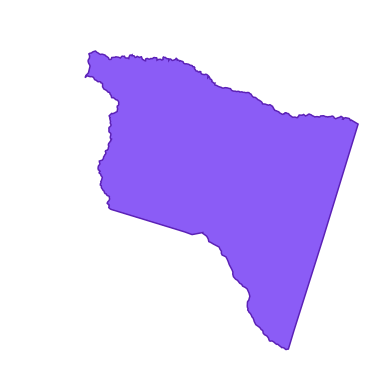 Amarante do Maranhão, Maranhão, Brazil, rotated 107°
{"feature_id": "56859067B54361622424069", "entity_name": "Amarante do Maranhão", "entity_type": "district", "adm_level": 2, "iso_a3": "BRA", "parent_name": "Brazil", "parent_adm1": "Maranhão", "projection": "mercator", "projection_center": [-46.679, -5.381], "detail": "fine", "context": "isolated", "style": "filled", "palette": "violet", "viewbox_px": 384, "rotation_deg": 107, "n_neighbors": 0, "source": "geoboundaries", "source_scale": "gbopen_adm2", "svg_char_len": 5831}
<svg xmlns="http://www.w3.org/2000/svg" viewBox="0 0 384 384"><g transform="rotate(107 192 192)"><path d="M81.7,91.3L82.8,91.7L83.2,92.4L83.1,93.2L83.4,94.7L84.3,96.6L84.0,97.7L83.8,99.5L83.4,100.4L83.2,102.8L83.7,103.5L84.6,104.0L86.1,105.7L85.2,107.9L86.3,109.1L86.7,110.3L86.9,111.5L87.2,112.1L88.2,112.2L88.9,112.6L90.0,112.8L90.3,113.8L90.2,114.9L90.5,116.2L91.1,117.4L90.7,118.9L90.2,120.1L89.9,121.3L89.0,122.3L88.8,123.3L89.1,124.1L88.7,125.2L89.0,126.2L90.1,126.3L90.3,127.1L91.2,127.8L91.2,128.8L90.6,131.6L89.9,132.5L89.9,133.9L89.7,134.9L89.7,136.0L89.6,136.9L88.9,137.4L88.6,138.3L87.9,138.6L87.2,139.5L86.5,140.0L86.3,141.2L85.8,142.3L85.8,143.2L86.6,144.2L86.6,146.1L86.5,147.6L87.1,150.4L85.9,151.2L85.3,152.3L84.6,154.4L84.5,155.7L83.5,157.8L83.1,158.8L83.1,159.7L83.5,160.8L82.7,162.5L81.2,164.1L80.9,165.6L80.3,166.7L80.6,168.0L81.3,169.5L81.4,171.2L81.8,172.4L81.6,173.5L82.4,175.5L82.1,176.3L82.2,177.3L83.0,179.0L82.9,180.2L83.4,181.6L83.3,183.5L82.7,184.5L81.9,185.4L82.1,186.9L82.1,188.6L82.5,190.8L83.5,192.4L83.7,193.5L83.4,194.4L83.4,197.0L83.2,198.5L82.9,199.5L83.0,201.3L82.1,201.9L81.2,201.8L81.5,202.8L81.0,203.9L80.6,205.3L79.5,205.5L78.7,206.5L78.7,207.6L77.8,208.2L76.9,209.2L77.5,209.9L78.2,210.3L77.1,210.6L76.3,210.0L75.8,211.0L75.3,212.3L75.4,213.4L76.0,214.1L76.2,214.9L76.4,216.6L76.2,217.6L75.4,218.4L74.4,218.8L74.4,219.7L75.3,220.3L75.3,221.3L74.8,222.1L75.1,223.4L74.0,224.7L73.4,225.7L72.3,225.7L71.6,226.7L71.9,228.0L71.1,228.8L71.1,229.6L71.3,230.9L71.0,231.7L70.8,232.6L71.1,235.2L71.5,236.0L71.4,237.2L71.0,237.9L70.0,238.7L69.9,239.7L70.0,240.4L69.8,241.4L70.5,242.2L69.8,243.1L69.9,244.0L70.3,244.6L69.3,245.0L68.8,246.2L69.9,246.6L70.5,247.1L71.0,247.8L71.5,248.3L72.0,249.4L71.1,251.3L71.3,252.2L72.9,252.7L72.0,253.0L71.5,253.6L71.8,255.0L71.1,257.1L71.5,258.0L71.3,258.8L72.4,259.0L73.7,258.4L74.3,259.0L74.7,259.8L74.2,260.7L74.8,262.4L75.5,263.3L76.2,264.0L74.9,264.4L74.0,265.1L74.3,266.2L74.4,267.3L74.8,268.1L75.8,268.6L76.2,269.3L76.4,270.5L77.4,271.4L77.6,272.6L77.3,273.4L77.5,274.2L78.3,275.2L80.1,274.8L80.2,276.0L79.8,276.9L79.6,278.2L77.5,279.9L78.1,281.0L78.7,281.5L78.3,284.1L79.5,284.8L80.0,285.7L79.3,286.4L78.7,287.4L79.0,288.4L79.2,289.5L78.4,289.5L79.0,290.2L79.1,291.2L79.9,291.5L81.7,291.7L82.9,291.5L82.7,293.0L83.1,294.0L83.2,295.1L81.9,296.3L82.4,297.4L82.5,298.5L83.2,299.0L84.8,299.6L84.6,301.7L85.0,304.4L85.6,304.9L86.0,306.0L86.9,308.1L87.9,308.0L88.9,308.3L89.4,309.4L89.2,310.4L88.1,311.1L87.2,313.4L87.1,314.3L86.5,315.1L86.4,317.9L86.7,318.9L87.2,319.6L87.0,321.2L86.6,322.0L86.2,324.0L85.4,325.4L86.0,326.5L86.8,327.6L87.4,328.2L88.3,328.7L89.3,330.4L90.1,331.0L91.8,329.7L94.2,329.2L95.4,329.7L96.5,329.8L97.3,329.6L98.5,328.9L99.4,328.2L99.9,327.5L100.8,326.7L101.5,326.3L107.7,325.9L108.7,326.0L111.5,327.5L113.9,327.7L111.7,326.3L111.5,325.4L111.6,324.1L111.4,322.7L111.0,321.7L111.0,320.7L111.3,319.7L111.9,319.0L113.0,318.0L113.3,315.7L113.9,314.9L114.0,314.1L113.4,312.3L113.5,311.5L114.2,311.1L114.2,310.1L114.6,309.2L115.4,309.0L116.4,308.6L117.6,308.3L118.1,307.6L119.2,306.6L119.9,303.4L121.1,301.3L120.9,300.1L121.6,299.3L122.5,298.8L122.9,298.1L123.6,297.3L124.7,296.9L125.3,296.1L124.7,294.8L126.0,291.7L126.0,290.1L126.6,289.2L127.5,288.3L128.3,288.2L129.9,287.6L130.8,287.9L131.7,288.6L132.7,288.4L133.5,287.9L134.4,287.3L135.4,287.4L136.9,287.1L137.6,287.7L138.1,288.4L139.1,289.2L140.3,290.8L140.3,291.8L143.3,293.5L144.4,292.8L144.8,292.0L145.8,292.1L148.4,290.5L149.3,290.5L150.4,290.1L151.1,289.2L152.2,288.9L153.4,289.4L154.5,290.2L155.8,290.0L156.9,289.5L158.1,289.3L159.0,288.6L159.4,287.4L160.0,286.7L161.1,286.3L163.0,286.3L163.8,286.1L164.9,285.4L164.9,284.4L165.7,284.4L166.4,284.9L167.2,284.7L168.0,285.2L168.9,285.3L169.8,285.9L171.5,285.8L172.4,285.0L173.5,285.0L175.4,284.8L176.7,285.2L177.1,286.0L177.9,286.7L178.7,286.7L179.2,286.2L179.8,285.8L180.7,285.7L182.1,286.3L183.5,286.5L184.4,286.8L185.7,286.5L187.7,287.1L189.5,289.7L190.5,289.3L191.4,288.6L192.1,288.3L193.2,288.6L194.5,289.1L195.8,289.0L197.3,288.6L198.3,287.9L198.4,286.8L199.1,286.0L199.9,286.5L200.9,286.4L201.7,284.5L203.0,283.8L203.4,282.9L204.4,282.0L207.7,282.0L208.7,282.3L209.6,281.7L210.9,282.0L212.2,281.7L212.5,280.6L214.4,279.9L215.5,278.5L216.3,277.7L216.8,276.5L217.5,275.9L218.3,275.5L218.9,274.6L219.0,273.3L219.7,272.8L220.2,271.9L220.2,270.6L220.5,269.7L221.4,269.5L222.0,269.1L222.9,268.7L223.9,268.8L224.8,269.0L225.8,269.6L227.5,269.9L228.1,269.0L228.2,268.0L228.8,267.3L229.5,267.5L230.2,267.0L231.1,267.1L231.7,266.3L232.2,264.9L232.3,263.9L232.3,187.4L232.7,179.5L227.6,169.8L228.4,169.6L229.5,166.3L230.0,165.0L232.1,162.8L234.5,161.4L234.8,159.2L235.6,156.0L236.7,150.0L238.5,148.5L240.0,146.6L242.1,146.0L243.5,144.7L243.7,142.9L244.1,140.6L245.9,138.8L247.9,137.1L250.6,135.1L254.6,131.1L256.6,129.5L258.6,129.0L260.9,127.6L262.6,124.9L263.2,122.6L265.3,119.7L265.8,117.5L267.2,116.1L267.7,113.1L268.6,110.9L271.9,108.0L274.8,106.2L278.9,106.1L280.0,106.6L280.9,106.8L284.9,105.8L286.1,105.3L287.1,104.4L288.6,104.2L289.3,103.2L290.2,102.5L291.2,100.6L292.3,99.4L293.9,98.1L294.7,96.7L296.7,95.2L297.7,94.6L300.2,92.2L301.8,87.5L303.4,85.5L303.7,84.1L304.5,83.4L306.0,82.8L307.1,81.3L307.4,80.4L307.5,79.4L307.9,78.1L309.3,76.2L310.4,75.5L311.7,74.4L311.7,73.4L311.2,72.5L311.1,71.6L311.3,70.7L311.6,69.7L312.0,69.0L312.8,67.1L312.9,66.3L312.5,65.5L313.5,63.3L314.0,61.8L314.6,60.8L314.3,60.1L314.2,59.3L314.3,58.5L314.5,57.6L315.2,56.6L314.9,55.4L314.4,54.9L314.0,53.9L295.1,54.0L197.0,53.1L78.5,53.0L76.6,60.8L77.2,61.4L75.8,62.9L75.8,64.2L76.1,67.2L77.2,68.2L78.2,68.5L78.3,69.3L76.9,69.0L76.4,70.4L76.1,71.6L77.5,72.8L78.2,74.0L79.9,76.0L79.6,77.6L78.9,78.2L78.3,79.6L78.7,80.7L79.3,81.4L80.0,83.3L80.6,84.0L80.5,85.0L80.9,86.1L80.6,88.5L81.7,91.3Z" fill="#8b5cf6" stroke="#5b21b6" stroke-width="1.5"/></g></svg>